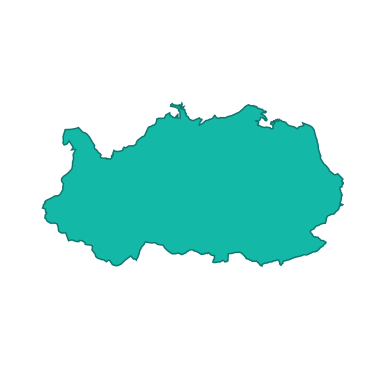 Simisna, Salaj, Romania, rotated 74°
{"feature_id": "2599482B9011696983291", "entity_name": "Simisna", "entity_type": "district", "adm_level": 2, "iso_a3": "ROU", "parent_name": "Romania", "parent_adm1": "Salaj", "projection": "albers", "projection_center": [23.609, 47.214], "detail": "fine", "context": "isolated", "style": "filled", "palette": "teal", "viewbox_px": 384, "rotation_deg": 74, "n_neighbors": 0, "source": "geoboundaries", "source_scale": "gbopen_adm2", "svg_char_len": 6037}
<svg xmlns="http://www.w3.org/2000/svg" viewBox="0 0 384 384"><g transform="rotate(74 192 192)"><path d="M208.5,314.4L207.6,313.6L208.4,311.2L210.9,309.0L213.0,309.0L215.0,304.3L216.0,302.9L216.8,302.7L220.3,304.1L225.0,302.2L227.3,302.3L228.7,301.6L230.2,300.2L230.7,299.0L231.9,297.9L232.9,295.4L235.4,293.6L234.6,291.1L235.0,290.0L239.9,288.5L241.9,285.5L242.2,283.2L241.7,280.0L239.0,274.8L236.6,268.6L240.3,266.7L240.6,265.5L242.1,264.2L241.2,263.8L240.3,262.5L237.7,260.5L233.8,258.2L230.6,255.1L229.2,252.6L227.8,251.4L227.2,250.5L229.7,245.4L230.5,241.5L233.0,239.3L234.8,235.2L235.5,234.4L238.7,233.4L242.5,231.1L245.3,228.7L246.1,227.7L246.9,224.5L246.7,222.3L249.4,219.0L248.7,214.4L248.1,213.8L247.8,212.0L247.1,210.3L247.3,208.6L248.0,206.9L249.1,206.3L251.0,203.4L254.4,200.3L254.9,198.6L254.6,197.1L255.1,196.5L254.6,195.3L254.8,194.5L255.4,194.0L254.8,192.9L257.9,190.9L259.4,188.0L262.8,189.1L263.1,190.0L265.2,191.3L265.5,191.1L266.2,189.2L266.4,186.4L267.0,184.5L266.2,181.2L266.8,180.4L268.3,179.6L268.4,177.2L268.2,176.7L267.1,176.1L261.3,174.2L262.0,170.8L262.0,166.3L262.5,165.5L263.1,162.8L263.7,161.9L265.6,160.4L269.6,158.4L270.9,158.3L272.4,156.0L273.5,155.0L273.8,154.2L275.2,153.3L275.2,152.5L276.0,150.7L276.2,148.9L278.0,148.2L278.5,147.4L280.4,147.0L281.9,146.0L282.4,145.0L280.9,144.7L280.5,141.0L281.0,139.2L280.6,137.0L281.2,134.2L280.7,132.6L281.0,130.9L280.9,128.1L281.7,127.3L285.7,127.4L286.9,126.7L285.7,125.0L285.5,124.3L284.1,123.6L283.5,122.0L283.9,121.0L283.6,119.8L283.9,118.2L283.1,110.8L283.4,106.6L283.4,103.4L283.0,101.9L284.1,99.1L283.4,93.9L282.9,92.4L283.4,90.1L283.1,87.7L281.5,84.7L280.9,84.1L280.0,80.9L278.2,78.7L278.4,77.8L277.1,77.1L274.8,79.4L274.2,81.2L270.1,83.5L270.0,84.6L269.1,85.7L269.0,86.6L268.1,87.6L265.2,88.3L264.1,89.1L262.1,89.0L261.3,86.8L261.0,84.8L258.7,81.9L259.1,80.4L258.3,76.6L258.4,73.3L258.8,72.4L255.1,70.2L254.2,70.1L252.4,68.1L251.9,63.6L252.3,61.6L250.3,58.7L249.8,57.1L248.4,55.3L246.6,54.4L246.0,52.9L246.2,51.5L245.7,50.5L244.6,52.1L244.3,53.2L240.1,50.5L237.8,49.7L236.2,48.4L235.4,49.0L234.3,48.6L232.6,49.1L231.5,48.7L229.5,49.0L228.4,48.3L228.4,46.5L225.7,45.3L226.0,44.6L225.7,44.3L224.4,44.1L222.8,45.2L221.2,43.4L214.6,46.9L215.0,48.4L214.9,49.6L214.2,50.8L209.5,54.0L207.3,54.3L203.9,55.8L201.3,57.5L197.6,58.6L195.5,59.2L193.0,58.8L192.7,58.2L192.2,58.5L186.3,58.7L180.8,57.8L177.2,57.8L176.2,57.4L174.1,57.8L165.9,57.6L163.1,58.5L160.8,60.4L156.1,66.6L159.0,66.3L159.2,67.8L158.9,68.3L158.9,70.9L159.4,72.3L160.2,72.9L160.1,73.6L157.3,76.1L155.5,79.8L153.8,81.5L151.0,82.7L149.8,84.2L149.2,85.9L147.8,86.4L147.4,87.0L147.4,87.9L146.4,88.2L147.4,89.5L146.1,89.1L145.7,89.6L146.0,90.6L145.8,91.4L147.0,91.4L146.9,92.2L146.0,93.4L146.0,93.8L146.2,94.0L147.1,93.0L147.7,93.0L148.9,94.0L147.1,94.6L147.2,95.1L146.7,95.2L146.4,96.3L147.0,96.9L148.0,97.6L148.6,97.4L148.4,96.9L149.4,96.5L150.2,95.4L151.2,96.2L153.0,96.5L153.3,97.0L153.1,98.6L151.8,99.2L150.1,102.6L149.9,105.2L149.1,105.9L149.0,106.6L146.6,109.1L146.2,110.3L145.3,110.5L144.8,109.4L143.4,108.8L141.3,110.9L141.2,110.0L142.3,109.0L141.5,107.0L139.5,105.7L139.5,104.8L140.3,103.3L140.9,103.3L141.6,102.4L142.8,102.3L142.8,101.9L143.9,101.4L144.0,100.8L143.3,100.0L142.3,100.0L141.7,100.7L141.4,100.4L141.0,100.8L140.1,100.6L139.5,101.1L139.0,101.1L137.3,102.5L136.6,103.8L135.8,104.1L135.4,102.9L135.7,100.8L136.0,100.1L135.8,98.9L135.1,98.6L134.4,99.2L134.2,99.8L134.4,100.6L133.4,101.4L132.8,101.2L132.1,101.5L131.4,103.2L130.1,104.5L129.6,105.8L127.8,106.4L127.2,107.1L127.5,108.2L126.1,108.7L125.3,111.8L123.8,113.5L123.9,114.9L125.0,118.2L125.9,119.5L128.2,124.4L129.5,132.7L129.4,137.6L129.7,137.9L129.9,139.9L129.1,141.4L129.1,142.2L128.5,143.5L128.3,144.4L128.8,145.6L127.2,148.2L124.9,148.7L124.6,149.2L126.9,152.1L127.2,154.1L126.9,155.0L127.4,156.6L127.2,159.3L128.2,161.0L128.3,161.9L128.9,162.4L129.5,164.7L129.6,166.5L127.0,165.0L125.9,163.1L124.9,162.5L124.0,164.1L122.8,164.5L123.8,171.2L121.9,173.9L121.0,174.5L118.7,175.0L116.9,176.5L116.0,176.6L114.9,175.9L113.8,176.7L110.6,176.3L110.4,176.6L110.7,177.3L110.5,177.7L109.7,177.7L108.9,179.6L108.4,179.9L108.0,179.7L109.0,177.7L107.7,176.3L107.9,178.5L107.6,179.1L104.9,177.2L104.1,177.3L105.6,178.3L106.1,180.3L104.8,179.8L105.0,181.6L103.1,185.9L101.6,186.6L102.3,188.3L103.7,188.9L105.3,185.5L107.1,183.2L108.8,181.8L110.0,182.5L110.4,182.4L110.4,181.9L110.7,181.6L111.5,181.5L117.6,183.0L117.5,184.1L116.2,186.4L115.3,184.6L113.7,184.3L114.6,185.9L116.0,187.7L114.9,189.8L114.4,189.9L112.2,191.8L109.8,191.6L110.7,195.8L113.3,198.0L113.1,199.9L112.0,203.5L112.0,205.5L115.4,207.3L117.0,209.3L117.3,210.1L117.0,211.4L117.7,213.4L117.5,215.1L118.0,216.3L124.5,221.8L125.1,222.8L125.3,224.2L125.2,224.6L127.4,230.2L129.2,231.9L130.8,232.8L131.5,235.5L130.3,240.0L131.3,243.4L130.9,244.4L130.3,244.8L130.3,245.3L131.3,246.4L132.7,246.8L133.0,249.8L132.5,252.6L131.6,254.6L130.5,255.6L133.4,257.6L134.9,257.5L135.2,257.9L134.7,258.7L135.3,259.6L135.9,259.3L137.6,260.2L137.5,262.8L136.8,263.2L136.8,264.9L135.9,264.9L134.8,268.6L133.9,270.2L132.7,270.3L131.4,269.2L129.8,269.8L128.0,271.3L126.5,271.6L124.6,272.6L124.2,273.4L121.8,273.6L120.5,272.8L116.2,274.2L111.0,275.4L107.4,277.0L105.5,278.6L104.2,280.8L98.8,283.3L98.9,286.8L98.5,290.7L97.1,296.7L103.3,300.7L108.2,301.7L109.0,302.5L110.7,302.2L111.5,301.9L111.4,299.3L111.0,298.4L109.0,296.1L116.3,293.8L118.3,296.1L118.7,292.7L119.3,292.2L123.2,295.9L127.7,296.8L130.4,298.6L132.7,299.2L136.2,300.8L137.4,302.1L140.2,307.0L141.4,310.8L142.9,313.3L144.0,314.0L145.5,314.3L148.9,313.3L151.4,314.8L153.9,315.3L157.4,318.9L158.7,321.2L158.0,325.2L158.9,328.2L160.0,334.7L161.0,336.3L161.8,336.0L163.5,338.5L164.3,338.6L166.2,340.1L167.6,338.0L168.4,337.7L171.0,338.2L171.9,337.4L173.9,339.5L176.6,340.6L177.0,340.1L180.3,339.1L182.9,336.7L184.2,332.2L185.5,330.4L189.9,330.4L191.8,330.9L193.2,330.8L194.6,329.6L195.6,328.4L196.2,325.5L196.7,324.6L204.8,324.1L204.9,320.7L207.7,316.8L208.5,314.4Z" fill="#14b8a6" stroke="#0f766e" stroke-width="1.5"/></g></svg>